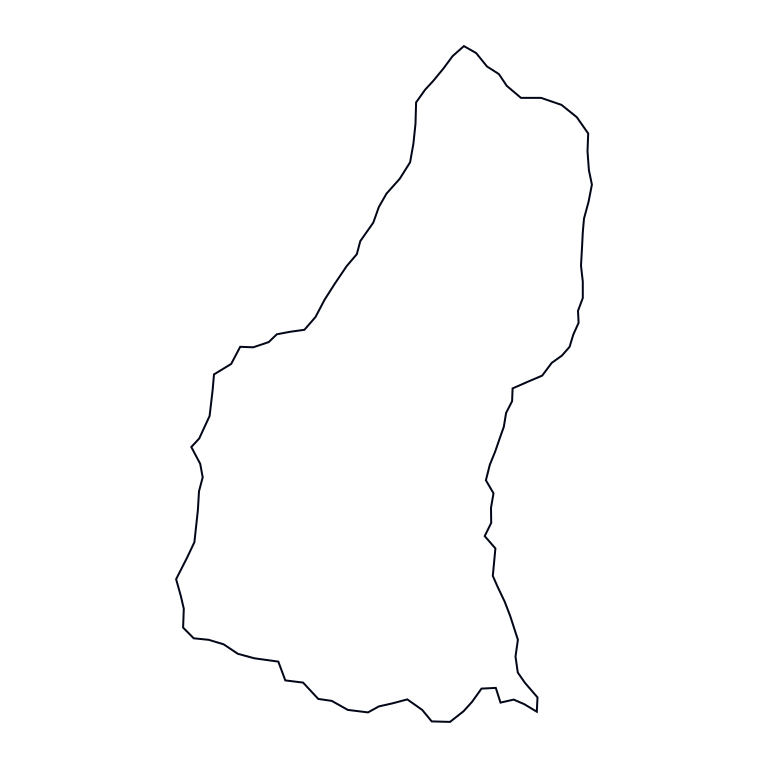 Borá, São Paulo, Brazil
{"feature_id": "56859067B19107270357913", "entity_name": "Borá", "entity_type": "district", "adm_level": 2, "iso_a3": "BRA", "parent_name": "Brazil", "parent_adm1": "São Paulo", "projection": "orthographic", "projection_center": [-50.497, -22.235], "detail": "fine", "context": "isolated", "style": "outline", "palette": "ink", "viewbox_px": 768, "rotation_deg": 0, "n_neighbors": 0, "source": "geoboundaries", "source_scale": "gbopen_adm2", "svg_char_len": 1532}
<svg xmlns="http://www.w3.org/2000/svg" viewBox="0 0 768 768"><path d="M588.2,133.5L576.8,117.2L561.5,104.9L541.1,97.9L521.0,97.9L506.8,85.9L498.9,74.1L486.9,66.4L476.2,53.1L463.9,46.1L452.6,56.1L443.5,68.4L433.5,80.6L425.2,89.6L416.1,102.4L415.5,123.7L413.4,143.7L410.1,162.3L399.7,178.8L386.5,193.6L378.8,207.1L373.3,222.6L360.3,241.1L356.8,254.2L346.6,266.2L334.8,283.7L324.6,299.7L315.5,317.0L304.4,329.8L290.0,331.8L276.8,334.3L268.7,342.1L253.2,347.3L240.2,346.8L231.2,363.9L214.0,374.4L212.6,390.4L209.6,416.0L199.2,438.5L191.3,447.0L200.2,463.8L202.7,477.3L199.0,491.3L197.9,509.9L194.4,542.2L187.2,557.4L176.1,579.2L180.7,595.5L183.8,608.8L183.1,627.6L193.7,638.3L208.6,639.8L223.6,644.3L237.8,653.8L254.4,658.3L278.3,661.6L285.3,680.4L303.1,682.6L318.2,698.9L331.8,700.9L347.8,709.9L368.0,712.4L378.9,706.4L392.3,703.4L407.3,699.4L422.2,709.9L431.7,721.4L450.0,721.9L463.6,711.2L472.0,701.9L481.5,688.6L495.8,687.9L500.5,702.6L513.7,699.6L524.3,704.2L536.8,711.7L537.5,697.4L525.0,682.9L517.8,672.6L515.5,656.6L517.9,639.8L510.2,616.0L504.7,601.7L497.7,587.0L492.8,575.9L494.2,561.2L495.4,548.4L484.7,536.1L491.2,522.9L491.0,507.8L493.5,493.3L485.9,480.3L489.8,464.8L495.2,451.5L499.6,438.7L503.8,426.9L506.1,412.9L512.1,401.2L512.6,388.4L527.4,381.9L542.2,375.6L551.7,362.9L561.9,355.6L569.6,346.8L573.3,334.6L578.6,322.8L578.0,310.8L582.8,298.0L582.8,281.7L581.0,265.7L582.1,245.9L582.8,232.2L584.0,218.6L588.6,201.6L591.9,184.6L588.9,170.1L587.5,151.3L588.2,133.5Z" fill="none" stroke="#020617" stroke-width="2"/></svg>